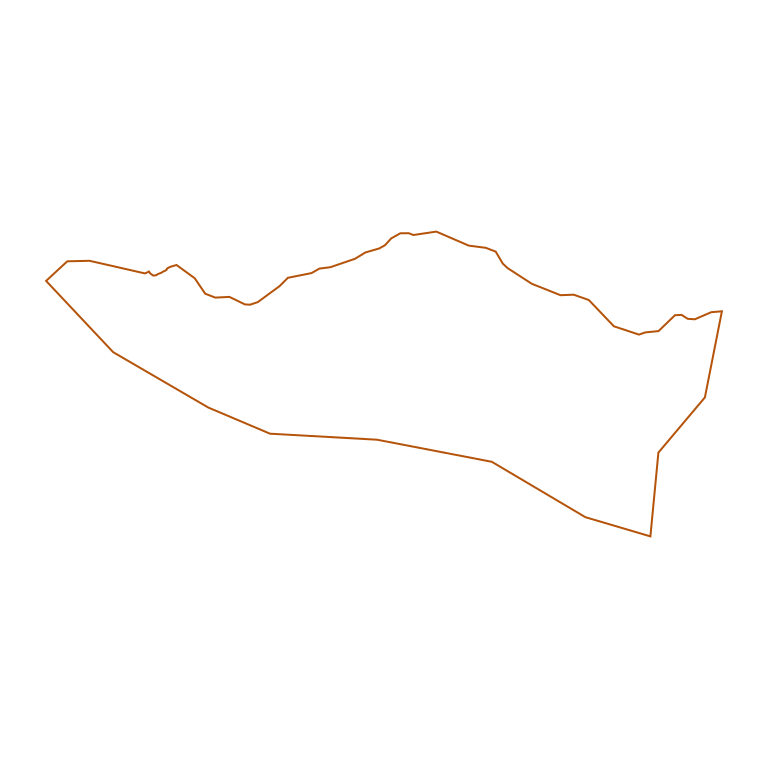 outline of Manas, Talas, Kyrgyzstan
{"feature_id": "92254566B74004899907305", "entity_name": "Manas", "entity_type": "district", "adm_level": 2, "iso_a3": "KGZ", "parent_name": "Kyrgyzstan", "parent_adm1": "Talas", "projection": "albers", "projection_center": [71.777, 42.691], "detail": "fine", "context": "isolated", "style": "outline", "palette": "amber", "viewbox_px": 768, "rotation_deg": 0, "n_neighbors": 0, "source": "geoboundaries", "source_scale": "gbopen_adm2", "svg_char_len": 976}
<svg xmlns="http://www.w3.org/2000/svg" viewBox="0 0 768 768"><path d="M721.9,311.3L711.2,312.2L694.8,319.3L687.7,318.8L681.6,314.9L675.0,315.2L658.5,331.1L645.3,332.4L639.0,334.6L613.9,326.3L588.8,300.0L573.7,294.7L560.5,295.2L531.8,283.8L507.6,268.1L502.8,263.6L495.7,251.6L485.7,247.8L468.7,245.6L436.3,231.6L413.4,235.0L408.7,233.2L400.3,233.3L397.6,234.8L391.2,238.4L384.9,245.3L379.1,248.5L365.3,252.5L355.0,258.8L330.4,267.2L319.4,268.6L311.5,273.1L287.9,277.8L279.7,286.0L257.8,302.1L250.0,304.7L244.9,304.4L229.4,296.9L215.3,297.6L205.2,293.7L194.7,278.2L176.5,265.0L170.7,266.7L169.4,267.2L166.9,268.7L166.6,269.8L164.8,270.9L163.2,271.5L162.0,272.4L159.7,273.4L158.0,274.0L156.2,275.2L153.3,275.6L150.3,273.5L148.9,271.5L146.9,272.6L144.8,273.4L116.4,266.9L89.5,260.8L67.3,261.3L46.1,280.9L113.2,352.2L208.4,407.6L270.0,433.7L376.9,439.7L491.8,461.8L585.4,517.2L650.4,536.4L658.4,452.6L704.9,397.4L721.9,311.3Z" fill="none" stroke="#b45309" stroke-width="2"/></svg>